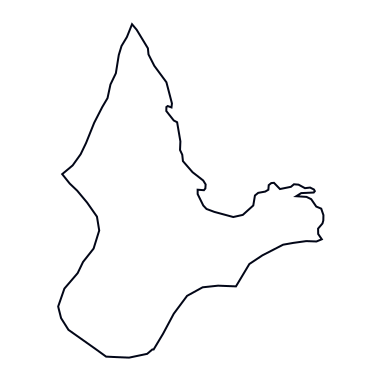 Riwon, Hamgyŏng-namdo, North Korea, rotated 271°
{"feature_id": "82179303B95293101027847", "entity_name": "Riwon", "entity_type": "district", "adm_level": 2, "iso_a3": "PRK", "parent_name": "North Korea", "parent_adm1": "Hamgyŏng-namdo", "projection": "orthographic", "projection_center": [128.649, 40.322], "detail": "fine", "context": "isolated", "style": "outline", "palette": "ink", "viewbox_px": 384, "rotation_deg": 271, "n_neighbors": 0, "source": "geoboundaries", "source_scale": "gbopen_adm2", "svg_char_len": 1401}
<svg xmlns="http://www.w3.org/2000/svg" viewBox="0 0 384 384"><g transform="rotate(271 192 192)"><path d="M147.0,322.6L152.2,318.9L157.6,318.7L162.8,323.0L165.9,323.8L171.2,323.8L177.6,321.5L179.6,316.5L186.9,311.3L189.1,306.6L189.6,296.3L192.8,301.2L193.6,313.7L195.0,314.8L196.6,313.9L198.5,310.0L197.9,305.6L197.8,304.9L201.2,298.4L201.5,293.8L198.9,290.8L196.5,279.9L202.6,273.8L202.3,271.1L200.2,268.6L195.6,268.3L193.7,265.2L192.3,258.2L189.6,255.0L179.6,253.5L170.0,243.2L167.7,233.7L172.5,214.7L175.3,206.8L178.7,203.5L190.0,197.7L194.4,197.6L194.0,203.9L195.8,205.3L199.8,205.5L203.7,203.0L211.8,192.2L222.7,182.4L229.1,181.6L233.8,179.3L242.4,179.5L261.5,175.9L263.2,172.5L272.5,164.9L276.5,164.9L277.5,166.2L276.2,170.0L280.2,170.4L301.3,164.5L317.5,152.1L328.8,146.1L334.9,145.4L353.3,133.8L355.5,131.9L358.7,129.1L352.6,126.8L345.8,124.2L336.8,119.0L327.7,116.4L309.4,113.8L298.1,108.6L284.4,105.9L275.4,100.8L259.5,93.0L239.1,85.2L227.8,80.0L216.5,72.2L207.6,61.9L198.3,69.6L191.3,77.2L179.6,87.3L165.7,97.4L151.9,99.9L133.7,94.6L120.2,84.3L108.9,79.1L93.2,66.1L75.2,60.2L72.8,60.8L63.6,63.3L52.0,70.9L33.0,98.8L25.9,109.0L25.6,119.2L25.3,132.0L29.4,150.0L33.9,155.1L33.9,156.4L49.7,165.5L70.0,175.9L88.1,188.9L96.9,204.3L98.8,219.7L98.4,237.6L121.0,250.6L129.9,263.5L140.9,284.0L142.9,294.3L144.9,307.1L144.7,317.3L147.0,322.6Z" fill="none" stroke="#020617" stroke-width="2"/></g></svg>